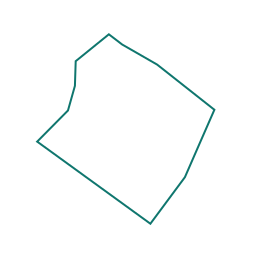 an SVG outline of Al Farwaniyah, rotated 46°
{"feature_id": "KWT-1664", "entity_name": "Al Farwaniyah", "entity_type": "Province", "adm_level": 1, "iso_a3": "KWT", "parent_name": "Kuwait", "parent_adm1": "", "projection": "robinson", "projection_center": [47.917, 29.258], "detail": "fine", "context": "isolated", "style": "outline", "palette": "teal", "viewbox_px": 256, "rotation_deg": 46, "n_neighbors": 0, "source": "natural_earth", "source_scale": "10m", "svg_char_len": 296}
<svg xmlns="http://www.w3.org/2000/svg" viewBox="0 0 256 256"><g transform="rotate(46 128 128)"><path d="M63.9,74.2L102.6,63.0L174.9,53.2L189.7,89.2L202.9,121.2L212.4,178.4L74.7,202.8L73.7,159.0L60.8,136.9L43.6,119.2L47.3,76.7L63.9,74.2Z" fill="none" stroke="#0f766e" stroke-width="2"/></g></svg>